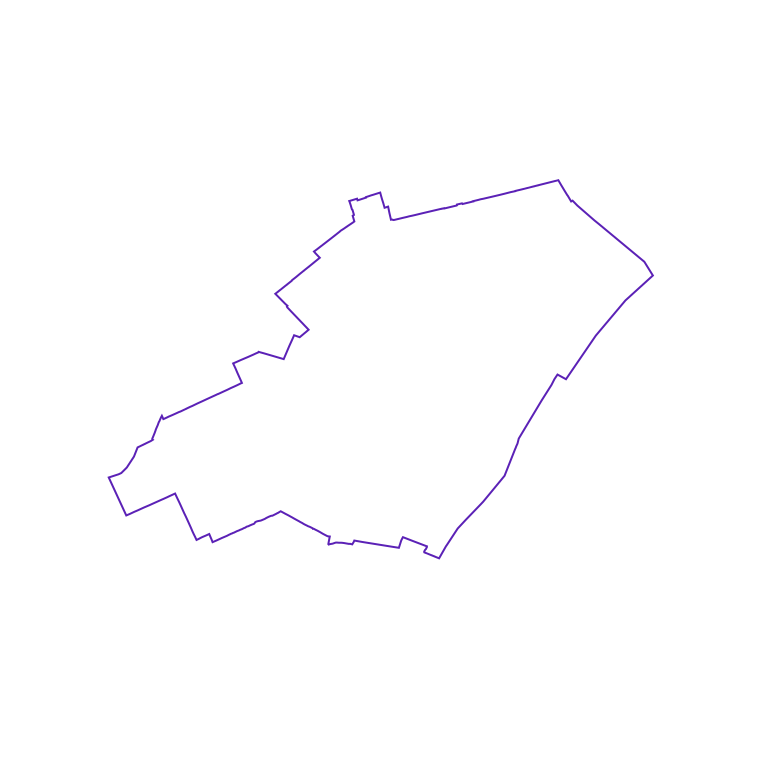 outline of Giurgiu, Giurgiu, Romania, rotated 337°
{"feature_id": "2599482B32840692607101", "entity_name": "Giurgiu", "entity_type": "district", "adm_level": 2, "iso_a3": "ROU", "parent_name": "Romania", "parent_adm1": "Giurgiu", "projection": "robinson", "projection_center": [25.939, 43.898], "detail": "fine", "context": "isolated", "style": "outline", "palette": "violet", "viewbox_px": 768, "rotation_deg": 337, "n_neighbors": 0, "source": "geoboundaries", "source_scale": "gbopen_adm2", "svg_char_len": 5070}
<svg xmlns="http://www.w3.org/2000/svg" viewBox="0 0 768 768"><g transform="rotate(337 384 384)"><path d="M366.6,566.0L377.6,557.6L378.9,556.8L395.4,545.8L406.4,540.9L424.0,533.4L426.1,532.5L429.3,531.1L459.1,515.6L479.4,495.0L480.3,494.2L481.3,493.1L483.6,491.0L486.7,486.9L522.6,460.8L537.8,450.3L542.8,446.1L547.4,443.1L553.4,450.7L597.9,422.2L638.9,401.4L673.9,389.2L671.4,373.2L644.2,320.5L641.7,315.8L631.8,295.5L631.7,295.3L630.4,291.9L629.2,288.9L627.6,289.1L626.7,282.3L626.5,281.8L625.7,276.5L624.8,270.1L624.1,264.5L617.0,263.4L608.1,262.0L586.8,258.7L580.4,257.6L580.3,257.8L578.7,257.5L575.7,256.9L569.7,256.0L564.1,255.1L559.4,254.3L547.9,252.3L545.1,251.7L542.8,251.4L537.3,250.5L537.3,250.8L536.5,250.6L536.1,250.6L526.6,249.0L526.4,248.2L521.3,247.3L521.1,247.9L520.7,248.1L508.1,246.0L508.1,245.7L505.7,245.3L505.7,245.2L485.9,241.8L479.2,240.7L475.8,240.1L472.8,239.5L470.0,239.1L466.1,238.4L462.4,237.8L460.7,237.5L458.3,237.1L457.8,237.0L457.3,236.9L457.1,236.9L456.8,236.7L456.6,236.6L456.4,236.5L456.3,236.4L456.2,236.2L455.8,235.9L455.6,235.7L454.6,235.5L455.3,231.6L455.8,228.7L456.5,225.3L456.9,223.3L457.0,223.0L457.1,222.3L456.3,222.2L455.8,222.2L455.1,222.2L454.2,222.1L453.4,222.0L454.0,217.3L454.4,213.0L454.7,210.6L454.9,209.0L455.3,206.3L453.4,206.1L448.1,205.6L446.4,205.4L445.5,205.3L443.8,205.2L440.4,204.9L440.3,205.4L433.1,204.8L431.4,204.6L431.6,202.9L426.1,202.3L423.5,202.0L423.5,203.0L423.2,206.5L422.8,209.8L422.7,210.8L423.0,211.2L423.0,211.9L422.8,213.5L422.6,215.2L422.5,215.9L422.4,216.6L420.9,216.9L420.7,218.8L420.2,222.8L418.1,223.3L412.8,224.3L407.4,225.4L403.9,226.0L402.9,226.4L397.4,227.9L390.7,229.7L385.4,231.1L379.6,232.6L374.3,234.0L371.3,234.7L372.0,236.9L373.2,240.1L374.2,242.7L368.0,244.5L361.8,246.3L356.1,247.9L350.8,249.4L349.1,249.9L344.8,251.2L342.2,251.9L340.3,252.4L340.2,252.4L339.8,252.6L339.5,252.9L319.2,258.5L324.5,271.8L325.7,274.3L324.9,274.7L324.9,275.7L335.6,304.0L335.8,304.6L324.7,308.0L320.3,304.0L316.6,307.5L312.0,311.7L301.4,321.9L285.4,308.8L281.1,305.4L280.6,305.8L280.4,305.8L277.9,305.8L275.4,305.9L269.4,306.0L261.6,306.0L256.1,306.1L253.2,306.1L253.2,306.8L253.3,309.3L253.4,311.8L253.4,316.0L253.5,320.8L253.6,325.3L253.6,327.5L252.5,327.5L248.8,327.7L246.2,327.8L241.2,327.9L237.7,328.1L233.9,328.2L227.7,328.4L227.1,328.4L226.9,328.3L225.4,328.4L218.2,328.6L215.0,328.7L209.1,328.9L204.9,329.0L198.9,329.3L197.8,329.3L196.7,329.3L196.3,329.3L185.9,329.8L184.3,329.7L181.3,329.8L176.5,329.9L174.5,329.9L173.0,329.9L171.4,330.0L168.8,330.1L167.2,330.1L167.1,326.5L165.5,327.8L163.9,329.3L163.3,329.9L162.8,330.4L162.3,330.8L161.9,331.0L159.6,333.5L158.0,335.0L156.1,336.8L155.5,337.6L154.8,338.3L153.9,339.3L152.2,341.0L150.4,342.8L149.5,343.6L149.3,343.9L149.2,344.2L149.2,344.6L149.4,345.0L146.9,345.4L144.3,345.5L132.4,346.1L125.5,353.1L114.6,360.4L107.4,363.3L104.4,363.4L94.1,362.5L95.4,404.3L97.8,404.3L99.2,404.3L101.6,404.2L104.3,404.1L107.7,404.1L111.2,404.0L114.8,403.9L116.7,403.9L120.6,403.9L124.6,403.8L129.3,403.7L134.4,403.6L136.0,403.6L140.3,403.5L142.4,403.4L145.9,403.3L148.9,403.2L149.0,406.2L149.1,408.7L149.3,412.8L149.4,416.1L149.5,420.7L149.6,424.8L149.8,428.8L149.9,432.5L150.0,436.4L150.1,440.8L150.1,442.6L150.1,445.0L150.2,447.8L150.4,451.2L150.5,454.3L153.1,454.2L155.1,454.0L157.0,453.9L160.9,453.9L164.5,453.8L164.5,456.4L164.5,459.2L164.5,460.7L164.4,462.4L164.4,462.6L166.0,462.6L168.4,462.6L171.8,462.5L174.5,462.4L177.5,462.4L180.1,462.4L182.5,462.2L183.5,462.2L184.0,462.1L184.4,462.1L184.8,462.1L185.4,462.2L186.5,462.1L187.8,462.2L189.6,462.1L191.2,462.0L193.1,462.1L194.7,462.0L196.4,462.1L197.6,462.0L199.0,461.9L200.1,462.0L200.8,461.9L201.5,461.7L202.2,461.7L203.6,461.9L205.4,461.8L207.9,461.8L209.3,461.9L210.0,461.8L210.3,461.7L210.7,461.4L211.2,461.0L211.6,460.9L212.2,460.8L213.1,460.8L214.0,460.9L215.5,461.2L216.8,461.5L217.7,461.6L218.4,461.6L220.1,461.6L221.4,461.6L222.4,461.5L223.5,461.3L224.6,461.3L225.5,461.2L226.8,461.2L228.2,461.2L228.9,461.3L229.4,461.5L229.7,461.6L230.4,461.6L231.8,461.5L233.7,461.4L235.6,461.2L236.5,461.2L236.8,461.1L239.2,460.8L241.2,463.3L242.7,465.2L243.8,466.5L245.1,468.1L246.1,469.4L247.3,470.9L248.8,472.9L250.6,475.2L252.2,477.2L252.6,477.8L253.3,478.7L253.9,479.4L254.4,480.0L255.0,480.9L255.5,481.6L256.4,482.7L257.8,484.3L258.6,485.3L259.8,486.4L261.0,487.8L261.9,488.9L262.0,489.2L262.0,489.5L262.5,489.6L262.9,490.0L264.1,491.5L265.5,493.1L267.3,495.4L269.2,498.0L271.4,500.7L272.5,502.0L273.4,502.6L274.0,502.9L274.5,503.2L273.4,504.8L270.2,509.6L270.4,510.2L271.1,510.2L272.2,510.4L274.4,510.9L276.2,511.0L277.4,511.1L278.6,511.5L280.1,512.3L283.2,513.7L285.1,514.8L289.1,517.4L290.4,517.9L292.1,519.2L294.5,517.5L295.5,516.5L302.4,521.0L327.6,536.8L333.7,540.6L336.2,537.7L338.7,534.8L340.8,533.0L341.6,532.4L348.9,539.5L358.8,549.0L360.1,550.2L359.9,550.5L359.7,550.9L359.5,551.2L358.8,551.6L358.6,551.8L358.4,552.1L357.9,552.4L356.9,552.8L356.2,553.4L355.6,553.9L355.4,554.2L355.5,554.4L355.5,554.5L355.4,554.8L366.6,566.0Z" fill="none" stroke="#5b21b6" stroke-width="2"/></g></svg>